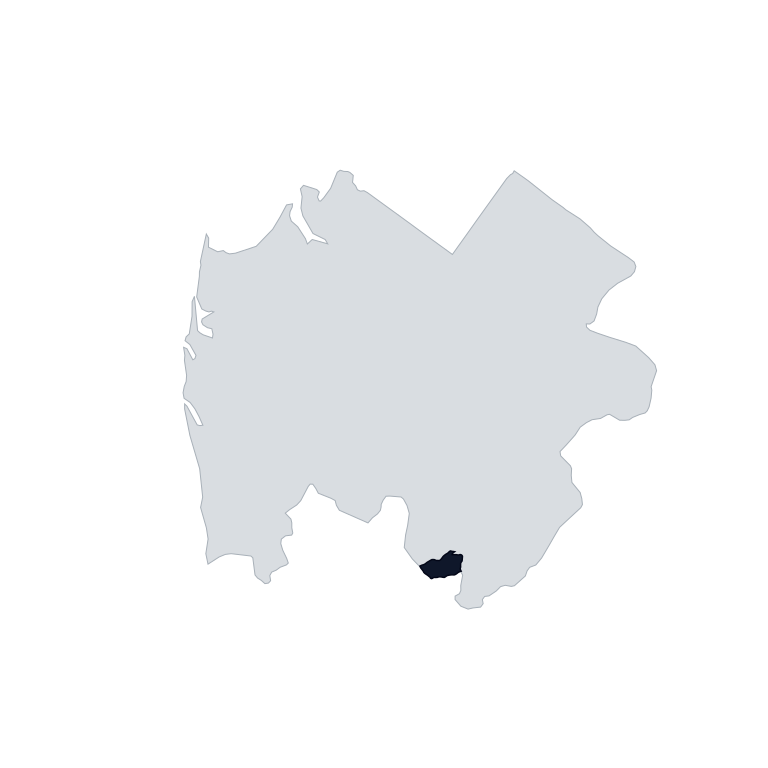 Ogoouè-Lètili, Haut-Ogooué, Gabon shown in context, rotated 36°
{"feature_id": "22940354B99015789882932", "entity_name": "Ogoouè-Lètili", "entity_type": "district", "adm_level": 2, "iso_a3": "GAB", "parent_name": "Gabon", "parent_adm1": "Haut-Ogooué", "projection": "albers", "projection_center": [13.529, -2.199], "detail": "fine", "context": "in_parent", "style": "filled", "palette": "ink", "viewbox_px": 768, "rotation_deg": 36, "n_neighbors": 0, "source": "geoboundaries", "source_scale": "gbopen_adm2", "svg_char_len": 4732}
<svg xmlns="http://www.w3.org/2000/svg" viewBox="0 0 768 768"><g transform="rotate(36 384 384)"><path d="M520.6,145.9L520.2,151.5L513.8,165.2L510.8,175.7L510.1,187.0L511.8,196.0L514.9,202.4L516.9,209.5L515.3,214.4L512.3,216.5L514.4,218.9L519.0,219.5L526.9,217.4L539.1,213.6L555.0,208.2L565.4,205.3L582.7,207.1L591.9,209.2L596.7,213.0L601.7,229.2L604.3,231.6L608.4,238.5L611.9,246.7L612.7,250.9L612.3,253.9L608.8,258.4L604.8,264.9L603.4,268.9L600.1,271.9L595.9,274.8L584.4,275.9L582.6,277.7L579.4,284.6L573.3,290.6L570.5,296.2L568.1,303.6L568.6,312.9L567.3,326.2L566.1,335.2L569.2,338.3L582.9,340.6L585.6,342.3L589.2,347.9L593.9,353.2L606.5,356.5L611.4,360.5L615.4,364.9L615.9,368.5L613.0,383.0L610.3,396.8L611.3,407.4L612.4,417.5L613.8,432.2L613.2,441.2L609.6,446.7L609.6,451.0L611.2,456.2L608.1,470.5L606.0,472.9L600.4,475.6L597.4,479.4L596.5,485.4L593.5,493.7L590.3,496.7L590.3,500.6L593.3,503.4L593.3,507.7L587.7,512.8L584.3,516.7L576.8,518.6L568.2,516.6L566.2,513.8L568.3,509.3L567.5,505.8L564.6,502.0L560.0,492.4L555.9,490.4L553.7,494.3L546.7,501.6L534.4,511.0L525.8,511.7L509.8,508.9L496.5,504.4L490.2,493.4L486.2,484.4L480.5,473.8L474.1,468.8L467.3,465.6L464.2,465.4L454.5,471.3L451.6,473.6L451.6,478.5L452.5,483.1L454.0,485.3L455.3,488.3L455.1,492.9L453.3,499.0L452.7,505.8L422.1,512.4L416.8,510.1L413.0,507.0L408.3,507.6L395.1,511.0L390.2,508.6L385.3,506.9L383.1,508.4L382.9,511.3L385.2,527.2L384.5,533.2L381.5,541.1L380.0,546.5L388.1,548.0L391.0,550.5L393.9,554.5L397.8,558.2L398.1,560.5L393.6,564.7L392.1,569.8L394.3,573.8L399.8,578.0L407.8,582.3L411.8,585.1L411.4,587.7L407.7,593.3L406.2,598.0L403.7,602.2L404.2,606.1L407.9,609.8L407.5,613.0L405.0,615.5L400.0,615.0L395.8,615.3L391.9,614.3L380.0,601.7L377.4,601.4L360.1,611.1L355.8,615.1L352.3,620.8L347.5,633.2L339.6,626.0L332.8,612.8L324.9,604.8L308.2,591.7L303.8,582.1L284.7,560.9L257.2,539.7L237.4,521.4L234.4,517.3L237.7,517.8L256.9,526.9L259.5,525.9L261.7,523.8L253.4,519.0L245.5,515.2L238.1,512.9L230.7,513.1L226.6,509.2L223.8,503.3L222.5,498.3L219.2,493.0L208.6,482.1L206.1,477.9L200.3,472.1L203.8,471.3L215.1,476.8L216.1,474.6L215.1,471.4L203.8,466.2L197.6,465.9L196.2,462.2L197.0,457.9L188.9,442.1L180.4,430.2L179.1,424.5L201.8,450.4L204.9,450.8L208.8,450.5L218.2,447.6L216.4,444.2L212.2,440.5L208.1,442.2L202.7,442.5L199.9,441.0L198.7,438.3L204.0,425.7L201.7,426.4L200.0,428.6L197.0,429.7L192.5,430.4L181.3,423.7L171.4,405.5L168.8,401.8L166.1,395.5L163.5,392.9L152.1,367.1L156.4,369.0L161.6,376.5L171.7,374.8L175.6,370.5L179.0,370.6L182.5,369.6L186.9,365.5L199.7,347.7L203.0,324.2L201.8,310.2L199.9,296.4L204.1,292.0L205.8,294.9L206.7,299.8L208.7,303.4L213.3,306.7L221.8,307.5L235.0,312.6L239.7,315.8L241.0,309.3L256.1,303.7L251.5,301.7L238.1,304.0L219.6,295.7L213.4,290.5L207.6,280.5L201.7,275.3L202.1,270.6L215.3,266.2L218.8,266.7L220.3,271.9L223.9,274.0L225.2,273.3L225.8,268.8L225.8,257.0L221.7,240.1L222.9,236.8L226.5,235.6L229.8,233.4L232.0,232.9L236.5,233.3L238.8,237.2L240.0,239.4L244.6,240.4L248.3,242.5L251.5,241.9L254.2,239.4L258.1,238.9L270.2,238.9L281.2,238.9L303.0,238.9L324.9,239.0L346.7,239.0L363.2,239.0L363.1,229.3L363.0,214.4L362.8,196.7L362.7,179.8L362.6,164.1L362.5,145.6L363.3,140.3L364.4,138.1L364.0,135.0L381.0,134.8L411.6,136.1L425.0,135.9L428.8,136.2L445.5,135.2L459.1,136.4L464.9,137.7L470.0,138.3L486.3,139.1L507.5,138.1L514.7,138.3L518.7,140.9L520.6,145.9Z" fill="#d9dde1" stroke="#a8b0b8" stroke-width="1"/><path d="M520.1,510.2L520.6,510.5L521.9,511.2L523.7,511.7L525.9,512.4L527.0,513.0L528.2,513.2L529.7,513.2L531.6,513.1L533.4,513.2L535.0,513.3L535.7,513.7L536.7,513.6L537.3,512.9L537.8,511.6L538.6,510.7L539.5,510.2L540.9,509.0L541.5,508.1L542.3,507.3L543.6,506.5L544.9,505.9L545.5,505.6L546.5,505.0L546.9,504.2L547.3,503.0L547.5,502.2L548.3,501.2L549.3,500.1L550.6,498.9L552.1,497.8L553.0,497.2L553.8,496.0L554.3,494.6L554.7,493.1L555.2,492.0L555.7,491.1L556.5,490.1L555.0,489.3L554.4,488.9L554.0,488.2L553.7,487.3L553.2,486.5L552.7,485.9L552.1,485.0L551.5,484.2L551.2,483.2L551.2,482.3L551.2,481.4L550.7,480.4L550.2,479.6L549.6,478.6L549.1,477.8L548.7,477.2L547.8,476.8L546.8,476.8L545.9,477.2L545.5,477.6L545.0,478.4L544.0,479.0L542.9,479.5L542.0,480.2L540.7,481.1L539.4,482.0L539.2,481.5L539.1,480.3L539.2,479.5L539.5,478.8L539.7,478.2L538.4,478.8L537.8,479.2L537.2,479.5L536.6,479.7L536.0,479.9L535.7,480.3L535.4,481.0L535.3,481.4L535.2,482.4L535.0,483.2L534.7,484.1L534.2,485.1L533.8,486.3L533.5,487.3L533.2,488.7L533.2,491.1L533.1,493.2L532.6,494.1L532.2,494.6L531.3,495.1L530.6,495.6L529.9,496.1L529.0,496.3L528.2,496.4L527.5,496.8L526.8,497.2L525.9,498.0L525.4,499.0L524.6,500.9L523.7,502.9L523.4,504.1L522.9,505.7L522.3,506.8L521.0,508.5L520.1,510.2Z" fill="#0f172a" stroke="#020617" stroke-width="1.5"/></g></svg>